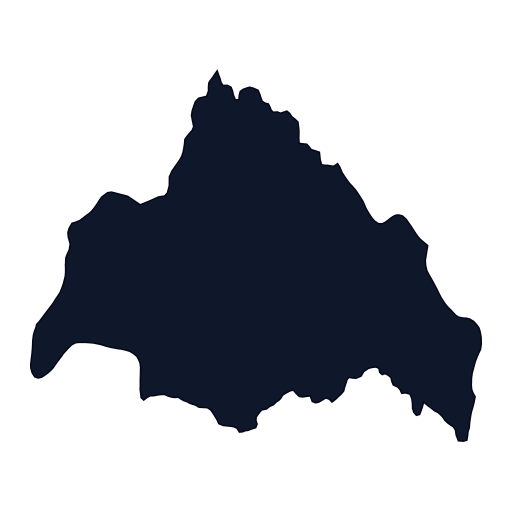 Guapé, Minas Gerais, Brazil
{"feature_id": "56859067B82067875224037", "entity_name": "Guapé", "entity_type": "district", "adm_level": 2, "iso_a3": "BRA", "parent_name": "Brazil", "parent_adm1": "Minas Gerais", "projection": "equal_earth", "projection_center": [-45.915, -20.744], "detail": "fine", "context": "isolated", "style": "filled", "palette": "ink", "viewbox_px": 512, "rotation_deg": 0, "n_neighbors": 0, "source": "geoboundaries", "source_scale": "gbopen_adm2", "svg_char_len": 4548}
<svg xmlns="http://www.w3.org/2000/svg" viewBox="0 0 512 512"><path d="M475.1,396.7L473.1,393.2L471.7,389.5L471.3,385.6L471.4,381.9L471.5,378.2L472.1,373.6L473.1,369.6L474.1,365.7L475.5,360.9L477.2,356.6L478.9,352.7L480.5,349.4L481.3,343.9L481.1,337.1L480.0,331.2L478.8,327.6L476.2,324.2L473.6,321.4L469.8,319.1L466.4,318.2L462.7,318.0L458.5,317.1L455.9,315.4L453.1,312.5L450.6,309.8L447.9,307.2L445.2,304.0L443.2,300.9L441.3,298.0L439.2,294.0L436.9,289.2L433.8,283.4L431.7,279.5L429.3,275.4L426.9,270.8L425.7,265.8L425.3,260.5L426.1,255.3L427.0,249.9L427.7,245.5L423.8,242.3L420.5,239.5L417.7,236.4L414.4,231.5L411.0,226.2L408.4,222.5L406.1,219.2L402.5,216.0L399.1,215.0L396.5,215.0L394.0,216.0L390.8,218.0L388.0,220.3L385.1,222.4L382.2,223.8L378.3,223.6L374.6,221.1L371.8,217.9L369.7,214.7L367.7,211.5L365.6,207.7L364.4,204.7L362.7,201.0L360.8,198.0L358.8,194.8L355.7,190.2L352.2,186.2L349.3,183.1L346.4,179.2L344.5,176.4L341.9,172.3L339.8,167.1L337.6,163.6L333.7,166.3L330.4,165.8L327.5,165.3L324.7,165.3L321.6,164.7L320.2,159.8L319.4,152.2L315.2,150.8L311.3,149.6L309.2,146.9L306.8,144.2L302.5,143.8L299.1,143.3L298.8,139.0L298.9,133.8L298.9,130.0L298.5,126.6L298.0,122.1L294.8,119.0L291.7,116.6L289.7,113.4L286.9,111.1L283.0,112.4L280.4,113.2L277.2,111.9L273.4,112.3L271.2,110.3L270.0,107.1L268.3,103.9L265.2,103.2L262.2,101.3L260.9,97.9L259.9,94.6L258.1,90.3L253.7,88.3L249.5,87.2L246.0,88.3L243.2,89.3L240.3,91.4L239.4,94.6L238.9,99.4L235.5,100.1L233.4,95.2L232.5,90.9L231.0,87.2L227.4,85.3L223.0,85.5L220.9,82.2L220.1,78.8L218.6,75.0L217.2,70.8L215.2,73.6L212.7,77.4L210.6,80.1L208.9,82.7L208.5,86.4L208.5,91.0L206.6,96.3L202.5,97.3L198.6,98.2L195.4,101.6L193.8,106.0L192.2,110.8L191.5,115.5L192.6,121.3L193.7,126.6L192.2,130.4L189.7,133.1L186.9,136.5L184.9,139.3L184.5,144.1L183.9,147.9L183.1,152.2L181.7,156.4L179.7,160.0L177.3,163.4L172.0,171.0L169.4,176.7L169.3,185.7L167.4,192.9L164.6,196.0L158.7,196.9L149.3,201.1L140.2,204.8L127.8,196.3L111.5,192.1L107.6,192.7L104.4,195.0L101.8,197.0L99.8,199.7L97.1,204.0L93.7,208.8L91.1,211.8L88.9,213.7L86.2,215.6L82.8,218.3L79.8,220.5L75.8,222.2L72.1,223.2L69.2,228.1L67.9,232.5L68.3,237.2L69.3,240.7L70.2,244.0L69.3,249.7L67.3,254.0L65.9,257.8L65.5,264.6L65.6,268.2L65.6,272.8L65.2,276.7L64.2,280.6L63.3,284.1L61.7,288.5L59.9,292.9L57.7,296.2L55.8,298.9L53.8,302.2L51.5,305.5L49.5,308.1L47.4,310.8L44.8,314.2L41.6,318.6L38.9,322.0L36.7,324.3L35.8,328.0L34.3,331.8L33.4,335.4L32.8,340.7L32.5,347.7L32.0,353.9L31.2,360.1L30.7,364.7L30.9,368.2L32.2,372.9L34.8,376.9L38.2,378.0L41.6,377.2L44.6,375.3L48.1,372.7L50.7,370.4L53.4,367.4L55.1,364.8L57.4,361.7L59.3,359.1L61.4,356.4L63.3,353.6L65.7,350.9L68.1,348.3L71.5,344.9L75.1,342.9L78.1,342.4L81.7,342.4L85.4,342.4L89.0,342.6L93.6,343.0L98.0,343.9L101.6,344.7L105.6,346.0L108.6,346.8L111.2,347.4L114.6,348.0L118.1,348.7L121.0,349.0L123.7,349.6L126.3,350.2L130.0,351.4L134.0,353.9L136.9,356.4L138.7,359.6L140.1,363.2L140.6,367.6L140.5,372.9L140.3,379.7L140.3,385.8L140.2,389.7L140.7,393.4L141.1,397.6L143.7,400.1L147.0,397.5L150.3,395.8L153.9,395.7L157.3,395.0L161.0,394.5L164.8,394.5L168.2,396.1L171.7,397.1L174.8,397.5L178.2,397.1L180.6,398.8L183.5,400.5L186.8,401.6L189.6,403.2L192.8,404.3L195.4,405.0L198.9,407.2L203.6,407.5L207.4,407.7L210.6,409.8L213.0,413.1L215.0,416.4L217.1,419.8L218.8,423.7L223.2,425.5L230.5,426.2L234.0,426.8L237.0,428.2L239.4,432.1L242.6,431.8L245.3,430.7L248.1,430.4L250.9,429.2L255.7,427.7L257.1,424.1L256.0,420.7L256.1,417.2L258.5,413.7L261.5,410.0L266.4,409.0L269.8,406.3L273.4,404.8L276.2,402.0L278.7,400.4L280.7,398.4L282.8,395.0L286.4,392.8L290.0,390.9L293.3,390.1L296.4,393.7L299.3,396.5L303.1,396.9L306.7,396.3L310.3,396.0L312.3,401.5L315.5,402.8L318.6,402.2L321.9,400.3L325.9,397.9L329.4,399.3L332.0,402.1L335.5,399.3L338.8,396.2L341.3,393.9L343.7,391.0L344.5,387.5L345.9,383.3L347.1,379.5L349.0,377.4L352.5,378.0L356.2,378.2L361.1,376.1L363.7,371.6L368.4,368.4L372.1,367.4L376.0,367.0L378.9,368.4L379.8,372.5L382.2,374.6L385.1,373.6L388.3,375.3L391.0,377.6L391.9,381.6L393.3,385.0L397.7,387.0L400.2,389.8L401.7,393.3L405.6,392.9L410.0,394.1L411.9,398.8L412.4,403.0L412.6,408.4L413.9,412.4L416.4,415.3L419.6,414.5L420.8,411.4L422.3,407.1L423.6,402.1L426.0,404.1L428.4,406.1L431.1,408.0L434.7,410.9L438.2,412.6L440.8,415.0L442.9,417.2L444.8,420.2L447.8,423.0L450.3,424.8L453.4,426.8L455.5,430.2L456.2,435.1L458.4,440.8L463.2,441.2L466.8,440.3L467.6,435.8L468.0,431.6L469.3,427.6L469.6,422.9L470.3,417.9L471.2,412.6L472.6,407.9L473.9,403.0L475.1,396.7Z" fill="#0f172a" stroke="#020617" stroke-width="1.5"/></svg>